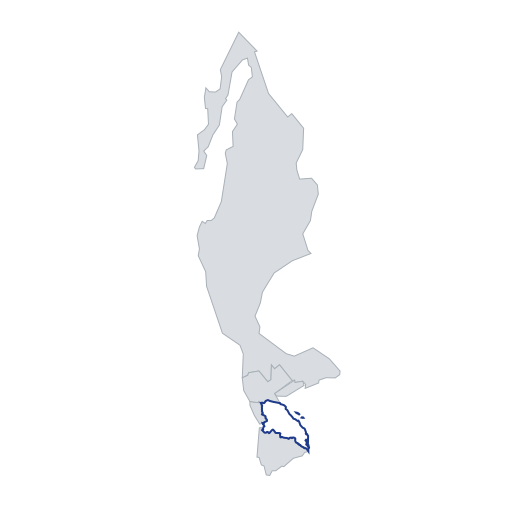 Honduras highlighted among its neighbors, rotated 51°
{"feature_id": "HND", "entity_name": "Honduras", "entity_type": "country or territory", "adm_level": 0, "iso_a3": "HND", "parent_name": "North America", "parent_adm1": "", "projection": "mercator", "projection_center": [-86.242, 14.747], "detail": "fine", "context": "with_neighbors", "style": "outline", "palette": "blue", "viewbox_px": 512, "rotation_deg": 51, "n_neighbors": 5, "source": "natural_earth", "source_scale": "50m", "svg_char_len": 5062}
<svg xmlns="http://www.w3.org/2000/svg" viewBox="0 0 512 512"><g transform="rotate(51 256 256)"><path d="M71.2,128.6L97.4,126.2L96.4,128.7L137.6,144.0L167.9,143.9L167.9,138.6L186.7,138.6L202.7,152.7L209.0,166.2L214.6,170.0L223.7,173.7L230.5,163.9L239.4,163.6L247.1,168.6L256.3,184.4L262.7,191.4L268.2,205.7L284.4,212.1L288.6,211.7L282.5,230.9L280.6,252.6L288.1,273.7L295.3,282.3L302.1,294.6L313.6,297.6L318.1,302.4L350.9,294.0L357.9,289.3L363.2,269.5L382.1,263.7L398.3,263.1L400.9,265.6L400.6,271.2L394.7,278.1L392.1,285.2L394.1,287.2L389.8,301.1L387.0,298.2L382.7,298.5L378.8,305.4L376.8,304.1L375.6,306.3L355.4,306.2L355.3,312.6L350.4,312.6L361.5,322.2L361.2,326.0L347.2,326.1L342.0,335.3L343.5,337.4L342.0,343.3L324.1,327.5L315.2,324.6L294.9,330.7L248.5,313.5L236.6,305.0L219.4,300.7L214.9,295.5L203.2,289.0L197.8,281.7L195.2,276.0L198.8,274.9L197.7,271.6L200.2,268.6L200.2,264.5L191.9,248.7L166.1,220.1L156.8,215.2L154.8,212.3L156.4,204.8L144.5,196.0L141.8,187.5L135.9,186.5L124.5,173.9L124.0,170.0L114.3,150.9L114.5,146.1L106.6,141.0L103.0,141.6L96.8,138.1L95.1,143.2L97.9,158.8L113.2,176.4L114.6,180.7L116.5,180.5L118.7,188.4L131.2,202.1L134.8,213.4L141.0,224.3L141.6,230.6L146.9,231.0L155.2,241.7L150.3,248.2L148.4,248.1L145.5,240.9L138.4,234.1L125.0,225.3L125.4,216.5L123.7,210.0L111.1,200.8L109.6,202.4L100.2,196.3L93.8,189.1L99.0,188.9L103.1,184.3L103.5,178.7L95.1,169.9L88.7,166.4L71.2,128.6Z" fill="#d9dde1" stroke="#a8b0b8" stroke-width="1"/><path d="M435.2,383.4L432.6,385.8L424.2,381.9L421.7,383.3L414.5,380.4L412.9,381.8L391.6,361.5L392.8,359.8L394.6,361.5L398.8,360.2L401.8,357.6L401.5,352.1L406.4,351.9L408.7,348.9L411.9,351.2L418.8,345.4L421.4,340.5L426.6,342.4L437.0,337.9L440.8,338.2L439.3,341.8L440.4,345.9L436.7,354.2L437.2,367.0L435.6,368.1L435.3,375.8L433.1,378.6L435.2,383.4Z" fill="#d9dde1" stroke="#a8b0b8" stroke-width="1"/><path d="M373.3,344.6L382.5,351.1L387.3,349.7L391.0,351.8L389.0,358.9L378.8,357.6L368.3,354.7L365.2,352.3L371.3,346.6L370.7,345.3L373.3,344.6Z" fill="#d9dde1" stroke="#a8b0b8" stroke-width="1"/><path d="M342.0,343.3L343.5,337.4L342.0,335.3L347.2,326.1L361.2,326.0L361.5,322.2L350.4,312.6L355.3,312.6L355.4,306.2L375.6,306.3L374.6,328.1L385.6,329.9L375.4,337.4L375.5,341.7L373.3,344.6L370.7,345.3L371.3,346.6L365.2,352.3L352.8,350.2L342.0,343.3Z" fill="#d9dde1" stroke="#a8b0b8" stroke-width="1"/><path d="M374.6,328.1L376.8,304.1L378.8,305.4L382.7,298.5L386.8,300.1L384.1,320.8L377.9,328.1L374.6,328.1Z" fill="#d9dde1" stroke="#a8b0b8" stroke-width="1"/><path d="M440.7,338.2L437.9,338.0L436.5,338.4L436.0,339.2L435.5,339.5L435.0,339.4L434.2,339.7L432.9,340.4L431.8,340.7L430.8,340.5L430.5,340.7L430.4,340.9L430.3,341.1L429.9,341.3L429.4,341.2L428.9,341.0L428.6,341.1L428.6,341.5L428.3,341.6L427.8,341.4L427.2,341.6L426.6,342.1L425.7,342.2L424.5,341.9L423.6,341.3L422.9,340.5L422.1,340.3L420.8,340.9L420.2,341.7L420.1,342.1L420.2,342.5L420.0,342.8L419.3,342.9L418.9,343.5L418.5,344.3L418.5,345.0L418.7,345.5L418.4,345.9L417.5,346.1L416.6,346.8L415.4,348.1L414.3,349.0L413.2,349.5L412.7,350.1L412.7,350.7L412.6,350.9L412.4,351.0L412.1,351.1L409.9,349.7L409.3,348.8L408.8,348.9L408.1,349.4L407.2,350.5L406.1,351.9L405.7,352.1L403.1,351.9L401.8,352.0L401.5,352.2L401.4,352.7L401.4,353.4L401.8,356.0L402.0,357.0L401.8,357.4L401.1,357.4L400.2,357.6L399.8,358.0L399.6,358.5L399.6,359.2L399.3,359.9L398.8,360.4L398.2,360.6L395.2,360.8L395.3,359.6L394.4,359.1L393.9,358.1L393.5,357.5L393.6,357.1L393.6,356.6L392.3,356.2L391.2,356.5L390.5,356.3L390.0,356.1L390.9,355.5L390.9,355.1L390.6,354.9L390.4,354.7L390.5,354.0L390.6,353.3L391.1,351.4L390.9,351.1L390.1,350.6L389.2,350.5L388.1,350.7L387.6,350.4L387.1,349.8L386.4,349.5L385.0,350.0L383.6,350.7L383.1,351.0L382.8,351.0L382.6,350.4L382.5,349.7L382.4,349.6L381.7,349.3L380.8,349.2L380.3,349.0L379.9,348.5L378.8,347.9L378.6,347.5L377.1,346.5L376.8,346.0L376.5,345.7L375.8,345.2L375.3,345.3L373.5,344.7L373.2,344.7L373.4,344.2L374.0,343.4L375.3,342.5L375.4,341.8L375.0,340.5L374.7,339.6L374.9,339.2L375.3,337.7L375.6,337.3L377.4,336.5L377.5,336.4L379.0,335.3L380.6,334.1L382.2,332.7L384.0,331.2L385.0,330.3L385.5,329.9L386.6,330.2L387.4,329.5L387.9,329.2L389.0,328.4L389.4,328.2L391.2,327.8L392.2,327.8L392.9,328.7L393.6,329.2L394.8,328.8L395.8,328.7L399.9,329.5L401.5,329.2L404.5,329.1L405.9,329.3L407.8,328.1L409.0,327.9L410.4,327.4L410.3,326.8L409.9,326.6L412.1,326.8L415.4,328.0L418.8,327.8L420.1,327.1L420.9,326.9L424.5,328.1L425.4,329.1L426.1,329.2L426.7,328.9L426.9,328.8L426.2,328.6L425.8,328.3L428.7,328.8L433.9,333.2L434.1,333.5L431.8,332.3L430.6,332.4L430.3,332.6L430.4,333.3L430.5,333.6L431.0,333.6L431.4,333.4L432.3,333.7L432.9,334.1L433.7,334.9L434.1,335.6L434.6,335.6L435.1,335.2L436.0,335.1L436.5,335.6L437.0,335.6L436.4,334.8L435.0,334.0L435.3,334.0L438.4,335.4L439.2,337.2L439.9,337.6L440.7,338.2ZM405.2,322.5L403.4,323.4L402.9,323.4L403.7,322.7L405.0,322.1L406.1,321.9L407.0,322.0L405.2,322.5ZM411.2,321.6L410.3,322.3L410.2,322.0L410.6,321.4L411.1,321.0L411.6,321.0L411.4,321.3L411.2,321.6Z" fill="none" stroke="#1e3a8a" stroke-width="2"/></g></svg>